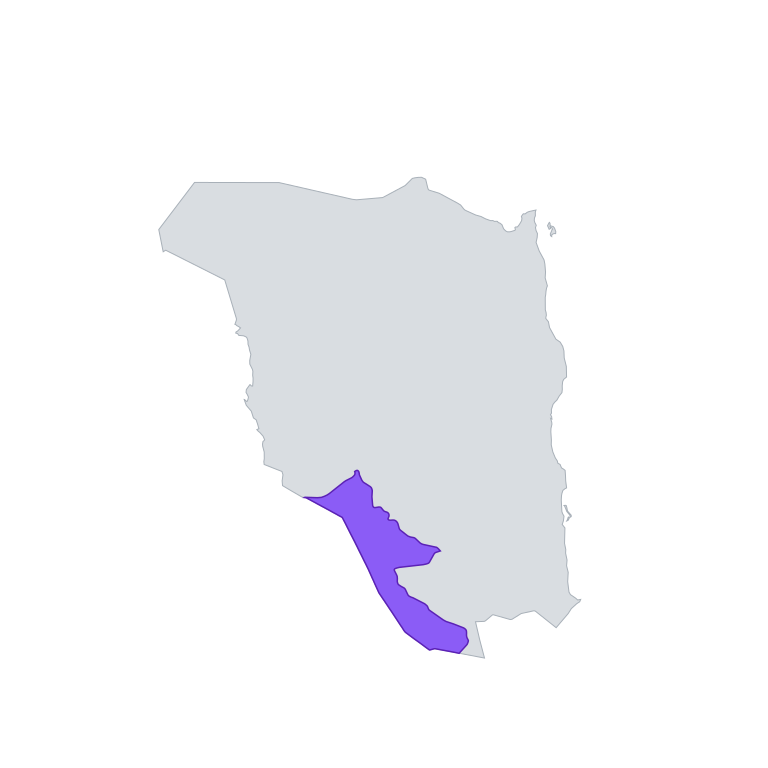 Saudi Arabia, with Al Hudud ash Shamaliyah highlighted, rotated 205°
{"feature_id": "SAU-861", "entity_name": "Al Hudud ash Shamaliyah", "entity_type": "Region", "adm_level": 1, "iso_a3": "SAU", "parent_name": "Saudi Arabia", "parent_adm1": "", "projection": "orthographic", "projection_center": [42.216, 29.79], "detail": "fine", "context": "in_parent", "style": "filled", "palette": "violet", "viewbox_px": 768, "rotation_deg": 205, "n_neighbors": 0, "source": "natural_earth", "source_scale": "10m", "svg_char_len": 6932}
<svg xmlns="http://www.w3.org/2000/svg" viewBox="0 0 768 768"><g transform="rotate(205 384 384)"><path d="M564.2,522.2L490.8,538.0L486.8,539.3L464.0,552.4L448.7,572.8L445.2,582.3L443.3,583.8L440.2,585.8L437.3,587.2L432.8,587.2L427.3,580.3L425.9,578.9L424.6,578.8L414.6,580.2L393.7,579.0L390.2,578.6L385.6,576.3L384.4,575.9L383.2,575.8L372.3,575.9L366.9,576.8L361.7,576.6L356.4,577.1L354.5,578.1L352.4,578.1L351.1,578.9L349.9,579.3L348.6,578.6L346.9,578.8L344.4,578.2L342.8,576.7L341.3,575.3L339.7,574.6L337.9,574.1L336.4,574.1L334.5,575.0L333.3,575.8L330.3,578.6L330.2,579.5L331.5,581.1L331.1,581.9L329.4,582.8L328.8,585.4L328.6,586.8L328.3,590.1L329.1,592.7L330.2,593.7L330.2,594.8L329.7,597.1L328.0,597.8L326.9,599.9L326.1,600.9L324.8,602.1L319.8,605.9L319.5,603.7L317.9,600.4L317.8,598.1L317.0,595.8L315.6,594.1L313.1,592.2L312.8,589.7L310.9,587.2L308.5,585.2L307.1,581.5L306.0,576.6L299.5,570.1L291.4,564.1L288.9,560.7L284.9,553.7L282.8,548.3L277.4,542.0L277.2,539.5L276.4,536.6L275.2,533.3L274.5,530.7L269.1,519.3L267.4,517.4L265.9,514.9L265.5,512.9L265.1,511.8L261.3,509.9L257.8,505.1L247.2,497.3L242.0,496.4L237.9,493.6L234.9,490.0L231.7,483.8L226.2,477.0L221.5,467.5L223.1,464.1L223.1,461.7L221.7,457.6L220.1,454.4L219.1,451.4L220.1,447.2L220.5,442.4L221.5,439.9L222.2,437.1L221.5,431.5L219.9,428.4L220.1,426.5L218.4,425.4L217.0,423.2L218.5,423.3L215.8,420.2L214.8,418.5L213.9,414.3L212.6,411.2L208.6,403.9L206.7,399.5L202.3,393.8L197.5,389.4L194.4,387.5L193.0,385.7L190.4,385.5L187.7,383.0L185.8,382.8L183.4,382.3L180.7,377.5L178.4,373.0L174.6,367.0L175.7,365.6L176.9,363.2L176.5,360.0L175.9,357.7L174.3,353.7L168.9,343.6L167.4,342.0L165.0,340.3L163.6,335.9L163.1,332.0L159.2,330.0L153.0,315.8L149.3,310.8L147.9,307.4L143.7,301.8L141.7,296.4L137.5,291.2L134.0,282.5L128.4,273.6L126.0,271.9L119.8,270.9L117.2,270.1L114.7,271.9L114.6,269.5L116.5,266.3L119.3,259.6L120.1,253.6L125.0,235.9L150.8,242.1L152.2,241.9L162.6,234.0L168.6,224.8L170.0,223.9L187.6,221.0L188.1,220.6L192.0,212.2L192.4,211.7L192.9,211.2L200.6,207.2L189.0,192.4L177.1,178.1L225.8,165.7L226.6,165.3L230.3,162.1L251.4,166.3L259.5,168.0L262.1,169.3L300.5,192.7L319.6,209.2L365.1,245.2L365.8,245.4L406.4,248.0L410.7,246.9L421.8,247.9L433.0,249.0L435.4,253.2L436.3,256.1L437.2,259.0L439.5,261.6L448.9,261.0L458.6,260.4L460.1,262.9L460.9,265.6L463.8,271.7L467.7,276.4L468.7,278.2L469.4,280.8L468.8,281.9L468.6,283.0L471.5,285.6L476.1,287.6L477.9,288.0L480.0,288.9L478.5,290.6L481.4,294.0L484.7,297.5L488.0,298.1L492.8,303.3L499.8,306.5L504.2,310.9L503.8,311.0L502.6,310.6L501.0,310.1L500.6,310.7L500.8,312.6L501.3,314.9L503.6,316.8L505.5,318.1L506.4,320.8L505.3,326.7L504.8,326.8L503.8,326.3L502.7,326.3L502.2,326.7L503.7,330.8L505.1,333.9L506.7,336.4L508.2,340.1L509.4,341.6L514.0,345.3L515.6,348.5L517.2,354.6L520.2,357.9L521.9,360.4L524.0,362.5L525.5,365.5L527.5,367.7L528.5,368.3L530.0,368.4L531.8,368.3L533.9,367.5L536.1,366.7L538.0,367.8L539.9,367.5L540.1,368.6L539.0,370.2L537.7,374.2L539.9,374.6L542.0,374.7L543.5,375.2L544.4,375.1L544.4,375.9L544.8,379.6L545.4,380.9L572.3,411.0L638.2,413.0L638.5,412.9L640.0,410.5L653.4,428.8L640.9,486.6L564.2,522.2ZM297.7,596.4L299.8,596.6L299.0,595.7L298.8,595.3L299.7,594.0L302.7,596.6L302.6,599.7L302.3,600.4L301.5,599.8L301.0,599.1L300.8,598.4L300.0,597.7L297.1,598.2L295.3,597.3L292.7,594.7L292.0,592.8L293.1,592.4L294.2,591.5L295.0,590.1L294.3,588.5L295.8,588.8L296.7,590.3L296.8,593.9L297.0,594.7L296.6,595.5L297.7,596.4ZM168.1,350.8L167.4,350.8L165.7,348.8L164.7,347.3L163.7,346.3L158.9,344.2L158.3,342.9L159.1,341.7L159.5,343.0L160.4,343.8L164.4,345.7L168.7,349.7L169.5,350.0L168.1,350.8ZM160.7,341.1L160.4,341.5L159.4,340.5L159.5,338.3L160.5,337.1L160.4,338.8L160.7,340.5L160.7,341.1Z" fill="#d9dde1" stroke="#a8b0b8" stroke-width="1"/><path d="M230.6,162.2L235.3,163.1L240.0,164.1L244.7,165.0L249.5,165.9L251.4,166.3L259.6,168.0L260.8,168.5L262.2,169.3L264.6,170.9L266.7,172.1L268.8,173.4L270.9,174.7L273.0,176.0L275.1,177.3L277.2,178.6L279.3,179.9L281.4,181.2L283.5,182.4L285.6,183.7L287.7,185.0L289.9,186.3L292.0,187.6L294.1,188.8L296.2,190.1L298.4,191.4L300.5,192.7L302.1,194.1L304.2,195.9L306.2,197.6L308.3,199.4L310.3,201.2L312.7,203.2L315.0,205.2L317.3,207.2L317.8,207.6L319.6,209.2L322.2,211.3L324.4,213.1L326.6,214.8L328.7,216.5L330.9,218.3L333.7,220.5L336.6,222.8L339.4,225.1L342.2,227.3L343.4,228.3L345.1,229.6L347.9,231.8L350.8,234.0L353.7,236.3L356.0,238.1L358.4,240.0L360.8,241.9L363.2,243.7L365.1,245.2L365.3,245.3L365.5,245.3L365.8,245.5L368.0,245.6L370.0,245.7L372.0,245.9L374.0,246.0L375.9,246.1L378.5,246.3L381.0,246.5L383.5,246.6L386.1,246.8L388.6,246.9L391.2,247.1L393.7,247.2L396.2,247.4L398.1,247.5L400.0,247.6L401.9,247.7L403.8,247.8L406.4,248.0L407.5,247.7L408.1,247.5L407.8,247.9L396.3,252.8L392.8,254.8L390.5,257.1L388.6,259.4L387.2,261.7L378.8,278.5L377.7,280.3L373.6,285.5L373.1,286.5L372.5,288.1L372.3,288.9L372.2,289.4L372.3,289.9L372.4,290.4L372.6,291.0L373.3,292.0L373.6,292.3L372.6,293.8L372.1,294.2L371.4,294.5L370.8,294.4L370.3,294.2L369.8,293.9L369.4,293.4L369.3,293.2L368.8,292.8L368.4,292.0L367.8,291.2L363.5,287.5L363.0,287.2L361.8,286.5L360.9,286.2L353.2,285.2L352.5,285.0L351.6,284.6L351.0,284.1L350.4,283.5L349.5,282.3L347.3,276.7L343.0,269.2L342.5,268.6L341.9,268.2L341.3,267.9L340.4,268.0L339.7,268.3L336.9,270.2L335.8,270.7L335.3,270.8L334.6,270.8L333.7,270.4L331.0,269.1L330.3,268.9L329.5,268.8L327.0,269.1L326.3,269.0L325.6,268.8L324.8,268.3L324.2,267.6L323.8,266.8L323.6,266.2L323.6,265.8L323.4,263.7L323.4,263.4L323.2,263.2L322.6,262.9L321.8,262.9L321.0,263.1L320.4,263.4L318.4,264.5L317.6,264.8L316.9,265.0L316.1,265.0L315.2,264.9L313.9,264.4L313.1,263.9L312.4,263.3L309.3,259.7L308.8,259.2L308.2,258.8L307.1,258.4L298.6,256.4L298.0,256.3L295.3,256.5L292.3,257.3L291.6,257.4L291.0,257.4L290.1,257.2L284.1,255.2L283.3,255.1L282.3,255.0L280.5,255.2L267.3,258.2L266.7,258.1L265.2,257.7L262.4,256.5L266.0,253.1L266.4,252.5L266.6,251.9L266.7,251.5L266.8,251.3L267.5,241.9L267.6,241.3L267.8,240.7L268.2,240.1L268.7,239.6L269.3,239.0L272.0,236.9L292.6,224.3L294.7,222.6L295.8,221.5L296.2,220.9L296.3,220.4L296.1,219.8L295.7,219.3L292.0,216.4L290.8,215.3L290.4,214.6L289.7,213.4L288.6,210.8L288.3,210.3L287.7,209.6L287.2,209.0L286.3,208.4L285.6,208.2L282.7,207.8L280.7,207.7L279.4,207.6L278.6,207.3L277.9,206.9L273.1,202.9L272.3,202.6L271.4,202.3L269.0,202.3L267.5,202.5L254.2,202.0L252.0,201.4L251.1,201.1L250.5,200.7L248.8,199.1L248.2,198.6L247.6,198.3L246.8,198.1L230.5,195.2L227.3,195.0L219.8,195.9L208.9,196.6L207.8,196.5L206.7,196.2L206.1,196.0L205.6,195.6L205.1,195.2L204.7,194.6L203.9,193.1L203.5,192.1L202.9,190.9L202.1,189.7L201.4,189.0L199.4,187.4L199.0,186.9L198.9,186.4L198.8,186.0L198.8,185.9L198.7,185.1L198.6,183.4L198.8,182.4L202.1,171.7L206.7,170.6L212.2,169.2L217.6,167.8L223.1,166.4L225.8,165.7L226.6,165.3L229.6,162.7L230.1,162.4L230.3,162.3L230.4,162.2L230.5,162.2L230.6,162.2Z" fill="#8b5cf6" stroke="#5b21b6" stroke-width="1.5"/></g></svg>